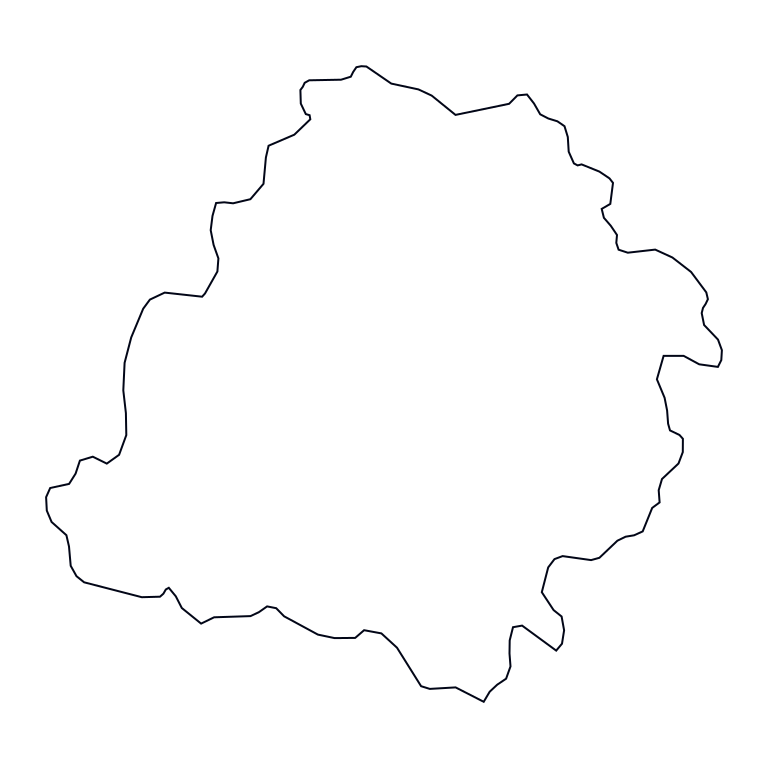 Łódź, Mercator projection
{"feature_id": "POL-3147", "entity_name": "Łódź", "entity_type": "Voivodeship", "adm_level": 1, "iso_a3": "POL", "parent_name": "Poland", "parent_adm1": "", "projection": "mercator", "projection_center": [19.498, 51.569], "detail": "fine", "context": "isolated", "style": "outline", "palette": "ink", "viewbox_px": 768, "rotation_deg": 0, "n_neighbors": 0, "source": "natural_earth", "source_scale": "10m", "svg_char_len": 1982}
<svg xmlns="http://www.w3.org/2000/svg" viewBox="0 0 768 768"><path d="M366.4,66.5L391.3,83.6L418.4,89.4L431.7,95.6L455.5,114.9L509.1,103.8L517.4,95.4L527.0,94.5L534.0,103.5L540.2,114.3L548.3,118.5L557.4,121.3L564.5,126.2L567.8,137.0L568.7,151.7L573.9,163.4L577.6,165.4L581.6,164.4L599.4,171.6L609.5,178.4L613.0,182.9L610.3,203.9L601.7,208.9L603.9,217.8L610.8,225.8L617.0,235.0L616.3,242.9L618.6,249.7L627.8,252.7L655.2,249.6L672.4,257.5L691.1,272.0L706.3,292.4L707.9,299.2L705.6,304.0L703.0,307.9L701.7,313.1L704.1,325.0L718.0,339.6L721.9,350.2L721.3,360.1L717.9,366.9L699.2,364.3L683.7,355.9L663.6,355.9L656.9,379.3L664.6,397.8L667.1,410.5L668.1,423.7L670.0,430.4L679.5,435.0L682.9,438.8L682.8,452.1L678.5,463.5L662.0,479.0L658.7,490.2L659.6,502.4L652.2,507.9L642.7,531.4L634.1,535.3L625.6,536.7L617.4,540.7L599.4,557.8L591.1,560.1L562.6,556.1L554.5,559.1L548.2,567.4L541.8,592.2L553.6,610.1L561.6,616.5L564.1,630.3L562.0,643.7L556.2,650.6L522.1,625.6L513.0,627.2L509.7,640.4L509.5,653.5L510.5,666.4L506.1,678.7L497.2,684.7L489.7,691.7L483.7,701.8L455.6,687.4L429.8,688.9L421.1,686.2L397.0,647.7L381.4,633.4L364.1,630.2L355.2,637.9L334.6,638.1L317.9,634.6L284.1,616.3L276.2,608.2L267.1,606.4L259.0,612.1L250.5,616.1L214.1,617.3L201.1,623.6L181.8,608.0L175.8,596.3L168.8,587.8L165.8,589.5L163.4,593.7L160.0,596.7L141.8,597.2L84.1,582.3L76.5,576.2L70.7,565.8L69.0,546.5L66.4,535.2L51.6,522.0L46.8,510.6L46.1,497.2L50.2,488.0L69.1,483.9L75.6,473.6L79.9,460.6L92.8,456.7L106.8,463.6L119.1,454.8L126.3,435.1L125.9,413.1L123.3,390.4L124.6,362.8L131.2,337.5L143.2,308.7L149.9,299.6L164.7,292.6L202.1,296.7L205.0,293.5L217.4,271.5L218.4,258.4L213.6,244.9L210.7,230.2L212.5,215.9L216.1,203.0L224.2,202.3L233.1,203.3L250.4,199.2L263.5,183.8L265.9,157.5L268.6,145.7L294.3,134.7L310.3,119.3L309.6,115.2L305.8,114.1L300.8,103.6L300.4,90.0L302.8,86.8L304.7,82.8L309.2,80.3L341.1,79.7L350.8,76.7L353.2,71.9L356.4,67.2L361.3,66.2L366.4,66.5Z" fill="none" stroke="#020617" stroke-width="2"/></svg>